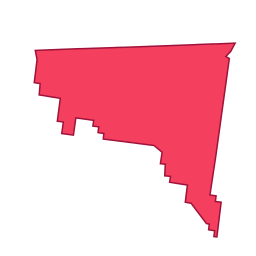 Cleburne, Alabama, United States of America (Natural Earth projection), rotated 277°
{"feature_id": "52423323B31234184486740", "entity_name": "Cleburne", "entity_type": "district", "adm_level": 2, "iso_a3": "USA", "parent_name": "United States of America", "parent_adm1": "Alabama", "projection": "natural_earth1", "projection_center": [-85.575, 33.717], "detail": "fine", "context": "isolated", "style": "filled", "palette": "rose", "viewbox_px": 256, "rotation_deg": 277, "n_neighbors": 0, "source": "geoboundaries", "source_scale": "gbopen_adm2", "svg_char_len": 782}
<svg xmlns="http://www.w3.org/2000/svg" viewBox="0 0 256 256"><g transform="rotate(277 128 128)"><path d="M197.9,52.1L193.7,26.5L184.8,29.4L161.6,29.4L161.4,35.4L150.0,35.8L149.2,57.2L126.1,57.0L126.1,63.1L114.4,62.9L114.3,74.7L131.7,75.0L131.4,93.0L125.6,92.9L125.6,98.8L119.8,98.8L119.6,104.7L114.0,104.8L113.8,156.0L108.1,164.8L96.5,164.5L96.6,169.4L85.0,170.3L85.2,176.1L79.2,175.9L78.6,193.9L61.3,193.9L61.0,199.8L42.7,217.5L42.5,220.4L36.8,220.4L36.6,226.5L30.7,226.5L30.7,229.5L65.7,229.5L65.7,223.7L71.4,223.7L71.5,217.5L112.2,218.6L209.3,220.1L210.9,216.4L216.5,220.6L225.3,224.0L222.1,204.7L221.8,202.2L219.3,186.5L218.8,184.0L214.0,154.1L207.6,114.3L206.6,107.0L206.1,104.5L201.2,73.0L200.9,70.8L197.9,52.1Z" fill="#f43f5e" stroke="#9f1239" stroke-width="1.5"/></g></svg>